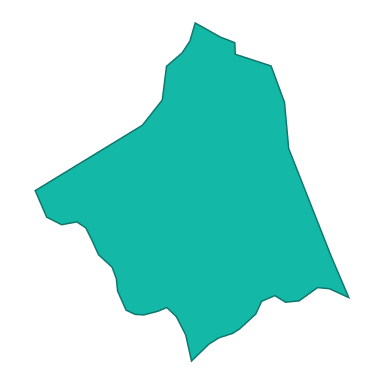 Paraná, Rio Grande do Norte, Brazil
{"feature_id": "56859067B38345256604650", "entity_name": "Paraná", "entity_type": "district", "adm_level": 2, "iso_a3": "BRA", "parent_name": "Brazil", "parent_adm1": "Rio Grande do Norte", "projection": "robinson", "projection_center": [-38.287, -6.448], "detail": "fine", "context": "isolated", "style": "filled", "palette": "teal", "viewbox_px": 384, "rotation_deg": 0, "n_neighbors": 0, "source": "geoboundaries", "source_scale": "gbopen_adm2", "svg_char_len": 644}
<svg xmlns="http://www.w3.org/2000/svg" viewBox="0 0 384 384"><path d="M195.2,23.0L189.9,41.1L182.1,52.9L166.5,66.3L162.3,100.0L142.3,125.3L35.2,190.6L46.7,217.2L61.6,224.7L76.9,221.9L85.8,227.9L91.9,240.1L98.5,254.7L112.1,267.2L116.3,278.5L117.6,291.1L126.1,310.2L135.2,314.4L143.9,314.9L158.3,311.1L166.8,307.5L176.4,316.7L185.7,334.9L191.5,361.0L208.8,344.2L219.1,337.7L232.4,333.5L239.6,328.9L255.8,314.0L261.6,301.3L274.8,295.6L285.5,302.2L299.0,300.9L317.6,287.6L329.4,288.7L348.8,297.6L331.5,257.1L288.7,148.6L284.5,102.4L271.1,66.0L235.3,54.3L234.8,42.7L220.4,37.1L195.2,23.0Z" fill="#14b8a6" stroke="#0f766e" stroke-width="1.5"/></svg>